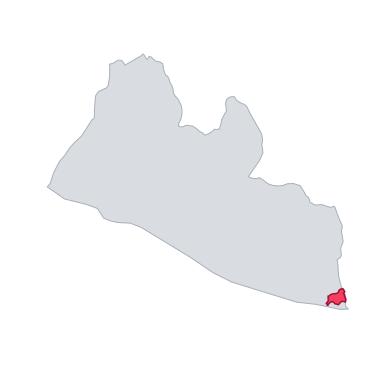 Pleebo/Sodoken, Maryland, Liberia shown in context, rotated 349°
{"feature_id": "62588387B59551016114373", "entity_name": "Pleebo/Sodoken", "entity_type": "district", "adm_level": 2, "iso_a3": "LBR", "parent_name": "Liberia", "parent_adm1": "Maryland", "projection": "albers", "projection_center": [-7.677, 4.55], "detail": "fine", "context": "in_parent", "style": "filled", "palette": "rose", "viewbox_px": 384, "rotation_deg": 349, "n_neighbors": 0, "source": "geoboundaries", "source_scale": "gbopen_adm2", "svg_char_len": 4146}
<svg xmlns="http://www.w3.org/2000/svg" viewBox="0 0 384 384"><g transform="rotate(349 192 192)"><path d="M50.9,159.4L54.6,156.3L60.0,146.5L67.5,137.0L74.5,131.4L80.1,125.6L85.9,121.1L94.3,116.0L107.2,102.4L110.2,100.8L112.3,91.3L115.6,79.3L119.3,75.6L128.0,73.4L130.1,71.3L133.2,62.8L135.2,53.0L135.4,50.8L138.8,50.6L144.7,48.5L148.1,49.4L149.6,52.3L150.4,54.7L168.2,48.6L169.8,47.3L170.7,47.5L172.9,53.1L174.2,52.8L175.3,51.1L176.5,51.0L177.9,51.8L179.3,54.3L181.5,56.7L185.4,58.3L187.8,60.6L187.5,66.5L188.4,72.3L190.1,73.6L191.0,77.1L191.4,80.9L192.3,82.9L193.0,86.7L192.7,90.8L193.3,93.7L196.2,98.6L197.9,104.9L197.9,109.3L196.9,114.0L195.0,118.3L191.7,122.9L191.4,124.8L193.3,126.0L196.3,126.2L198.8,125.3L205.1,127.4L208.4,130.5L211.3,134.3L213.9,136.2L215.1,138.6L219.6,138.0L224.8,135.7L225.9,134.6L227.4,135.2L230.8,135.4L233.1,131.3L235.0,126.5L239.1,121.4L241.0,119.4L241.6,116.1L241.8,111.8L243.3,108.1L246.6,106.1L250.2,106.1L252.1,106.9L253.1,110.4L256.0,113.2L258.5,115.0L259.8,115.8L261.9,118.0L263.8,125.2L271.5,148.5L271.1,154.9L269.5,159.1L269.5,163.3L269.0,167.3L264.3,174.0L250.3,187.6L251.4,188.8L254.7,190.4L258.1,191.2L260.9,190.7L264.4,194.2L268.1,198.4L272.1,200.7L277.8,202.6L282.8,202.9L287.1,202.1L293.1,203.0L299.5,206.5L301.7,212.4L303.3,217.5L305.5,220.0L305.8,224.5L310.3,228.3L316.8,229.1L325.2,233.6L327.4,233.4L328.3,232.8L329.3,233.7L331.4,246.8L333.1,253.8L332.2,256.6L331.1,258.8L331.0,269.4L327.2,275.5L326.6,282.2L325.5,284.4L321.5,286.3L321.4,291.4L320.4,297.6L319.9,304.2L321.1,321.4L321.3,334.3L323.1,336.7L315.2,335.6L291.9,325.8L273.9,320.2L213.8,288.0L197.1,275.1L177.9,255.8L135.3,217.0L125.5,210.8L113.3,207.8L105.7,204.4L100.3,200.8L96.0,190.1L85.3,183.7L65.7,174.6L50.9,159.4Z" fill="#d9dde1" stroke="#a8b0b8" stroke-width="1"/><path d="M303.9,328.9L304.0,328.8L304.1,328.6L304.4,328.3L304.8,328.0L305.6,327.4L306.1,327.1L306.8,326.7L307.2,326.5L307.3,326.5L307.7,326.5L307.9,326.5L308.0,326.5L308.4,326.4L309.0,326.5L309.4,326.8L309.8,327.2L310.0,327.5L310.3,327.8L310.5,328.1L310.7,328.5L310.9,328.8L311.0,329.0L311.3,329.2L311.6,329.3L312.0,329.4L312.4,329.6L312.7,329.7L313.0,330.0L313.5,330.3L314.0,330.5L314.3,330.5L314.4,330.4L314.7,330.2L315.0,330.1L315.3,329.8L315.5,329.6L315.9,329.3L316.4,329.0L316.6,328.8L316.9,328.6L317.2,328.4L317.3,328.3L317.5,328.2L317.9,328.0L318.2,328.0L318.5,328.0L318.9,328.1L319.3,328.2L319.8,328.4L320.1,328.5L320.3,328.6L320.7,328.8L321.0,329.0L321.4,329.1L321.6,329.2L321.7,328.8L321.7,328.6L321.9,328.4L322.0,328.0L322.1,327.8L322.3,327.5L322.6,327.2L322.4,326.9L322.4,326.7L322.3,326.3L322.4,326.1L322.5,325.9L322.6,325.6L322.4,325.3L322.3,325.1L322.1,324.8L321.9,324.6L321.8,324.4L321.8,324.1L321.8,323.8L321.9,323.6L322.0,323.5L322.3,323.5L322.3,323.4L322.2,323.1L322.1,322.8L322.0,322.6L322.0,322.4L322.2,322.2L322.3,322.0L322.2,321.9L322.0,321.7L321.7,321.2L321.3,320.8L321.2,320.7L321.1,320.4L321.6,320.2L321.8,320.2L322.1,320.1L322.3,319.9L322.5,319.7L322.6,319.4L322.8,319.1L322.9,318.8L322.9,318.7L322.7,318.5L322.5,318.2L322.4,317.9L322.5,317.7L322.4,317.4L322.3,317.0L322.2,316.7L322.0,316.2L321.8,316.0L321.4,316.0L321.2,316.0L321.0,315.7L320.9,315.5L320.5,315.6L320.0,315.6L319.4,315.9L318.9,315.9L318.4,316.0L318.0,316.1L317.8,316.4L317.6,316.6L317.5,316.9L317.0,317.4L316.8,317.9L316.5,318.3L316.4,318.4L316.2,318.5L315.9,318.7L315.5,318.9L315.1,319.0L314.8,319.0L314.5,319.1L314.2,319.1L313.8,319.1L313.5,319.1L313.1,319.1L312.5,319.0L312.2,319.0L311.4,318.9L310.9,318.9L310.0,318.9L309.5,319.0L309.3,319.0L309.0,319.1L308.6,319.2L307.9,319.5L307.4,319.8L306.9,320.0L306.4,320.2L306.1,320.2L305.8,320.3L305.7,320.3L305.7,320.5L305.7,321.0L305.6,321.4L305.5,321.6L305.5,321.8L305.4,322.0L305.3,322.4L305.3,322.6L305.2,323.0L305.2,323.5L305.2,324.0L305.2,324.4L305.1,324.6L304.9,324.9L304.6,325.1L304.3,325.4L304.1,325.6L303.9,325.8L303.7,325.9L303.6,326.1L303.3,326.2L303.2,326.4L303.1,326.5L303.1,326.8L303.1,327.1L302.9,327.1L302.7,327.2L302.8,327.3L303.0,327.4L303.1,327.7L303.2,327.9L303.2,328.1L303.1,328.4L303.3,328.5L303.4,329.0L303.6,329.0L303.8,329.1L303.9,328.9Z" fill="#f43f5e" stroke="#9f1239" stroke-width="1.5"/></g></svg>